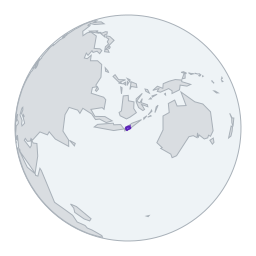 Jawa Barat highlighted on a globe, orthographic projection, rotated 317°
{"feature_id": "IDN-1223", "entity_name": "Jawa Barat", "entity_type": "Province", "adm_level": 1, "iso_a3": "IDN", "parent_name": "Indonesia", "parent_adm1": "", "projection": "orthographic", "projection_center": [107.637, -6.866], "detail": "fine", "context": "on_globe", "style": "filled", "palette": "violet", "viewbox_px": 256, "rotation_deg": 317, "n_neighbors": 0, "source": "natural_earth", "source_scale": "10m", "svg_char_len": 7502}
<svg xmlns="http://www.w3.org/2000/svg" viewBox="0 0 256 256"><g transform="rotate(317 128 128)"><circle cx="128" cy="128" r="113" fill="#eef3f6" stroke="#a8b0b8"/><path d="M231.2,155.0L231.0,155.9L230.9,156.0L231.2,155.0ZM172.2,24.4L171.8,24.2L173.4,24.9L167.6,22.6L172.2,24.4ZM33.5,66.7L33.2,68.4L35.2,67.2L42.3,57.8L39.0,59.4L42.0,55.4L47.5,50.4L50.9,49.8L52.2,48.2L53.0,45.5L56.9,42.5L53.7,44.4L52.7,45.7L50.7,47.1L51.4,46.1L52.8,44.9L52.6,44.7L46.3,50.6L44.7,52.6L42.7,54.5L48.6,48.1L55.0,42.2L61.8,36.8L69.1,32.0L76.7,27.7L84.6,24.1L81.2,25.6L83.4,24.6L83.1,24.9L87.1,23.2L87.0,23.4L91.0,21.8L91.4,21.7L88.9,22.8L95.2,20.8L97.2,20.8L98.6,20.3L99.6,19.9L101.5,20.3L102.5,20.0L102.2,19.7L104.0,18.9L107.9,17.9L108.3,18.1L107.0,18.5L104.8,19.9L101.2,21.2L101.8,21.3L105.0,20.2L107.7,18.5L109.9,17.8L109.1,18.4L109.6,18.2L110.8,17.9L112.5,18.0L113.5,17.3L126.6,15.9L131.1,16.3L128.9,16.7L138.6,17.1L142.9,18.3L142.6,17.9L147.1,18.3L145.8,17.9L146.0,17.8L156.8,19.6L159.7,20.5L164.1,21.5L164.0,21.4L162.1,20.8L166.2,22.0L167.6,22.6L173.4,24.9L173.3,25.0L177.7,27.0L176.9,27.0L178.2,28.2L174.8,27.5L176.2,28.8L177.8,29.5L180.8,32.1L181.6,35.5L174.1,29.5L171.5,25.4L171.9,26.6L169.8,25.5L168.7,25.6L169.2,26.7L170.5,27.3L160.9,26.4L158.0,29.8L163.2,30.6L166.3,32.7L167.6,39.1L157.5,46.7L161.5,51.0L161.7,53.5L158.0,54.3L157.7,50.7L154.0,48.9L154.4,46.9L148.3,47.6L148.6,44.8L143.8,47.0L145.5,49.5L150.7,49.7L146.4,53.2L151.6,58.1L152.1,63.6L142.9,72.4L133.8,74.7L133.2,76.5L129.6,74.1L124.8,77.5L131.2,88.9L131.0,92.2L123.2,98.0L123.0,95.5L113.6,89.1L111.7,96.9L118.9,103.9L121.3,112.0L115.8,109.2L113.3,102.1L110.0,99.7L111.0,92.8L108.4,82.8L102.8,84.5L103.4,80.6L99.0,72.8L91.0,75.3L78.3,85.9L76.4,96.2L72.1,101.0L67.3,86.5L67.8,77.0L64.4,78.1L60.9,70.8L50.0,71.7L49.9,69.5L47.6,70.9L45.3,69.1L45.8,65.6L43.8,66.2L42.9,75.6L45.2,75.0L49.3,70.7L48.4,74.3L50.8,77.2L42.8,87.0L29.1,97.8L30.3,90.3L32.9,71.9L34.3,69.7L34.4,69.4L34.6,69.0L32.2,72.8L33.5,69.4L29.4,82.0L27.6,88.0L28.9,98.3L28.1,99.7L29.3,101.7L36.1,97.4L35.6,100.1L30.8,113.0L23.6,132.2L26.0,143.8L28.0,154.1L26.7,162.1L30.1,169.9L30.0,173.4L32.1,178.0L33.8,183.4L35.5,188.9L34.8,190.6L32.1,186.6L27.8,179.4L26.0,175.8L22.8,168.3L20.2,160.6L18.1,152.7L16.6,144.7L15.7,136.6L15.4,128.4L15.6,120.3L16.5,112.2L17.9,104.1L19.9,96.2L22.5,88.5L25.7,81.0L29.3,73.7L33.5,66.7ZM41.0,56.4L39.4,58.5L38.0,60.3L41.0,56.4ZM90.0,22.0L88.4,22.7L85.2,23.9L90.0,22.0ZM51.9,54.2L55.7,54.0L58.5,48.9L60.1,48.6L60.5,47.1L58.7,48.6L60.1,44.7L63.4,43.1L65.2,41.1L64.0,41.1L57.9,44.8L55.7,50.2L52.9,52.5L51.9,54.2ZM40.5,59.6L38.6,61.6L38.8,60.9L39.4,60.3L40.5,59.6ZM37.0,61.6L36.8,62.2L36.5,62.3L37.0,61.6ZM81.4,205.0L83.8,206.4L82.3,206.6L81.4,205.0ZM36.7,150.3L39.1,169.2L36.6,169.8L33.9,164.6L31.5,153.4L33.7,149.6L34.1,144.4L36.7,150.3ZM149.8,133.5L153.2,134.4L153.1,135.0L149.8,133.5ZM146.3,131.3L150.2,131.9L145.6,132.4L146.3,131.3ZM151.7,132.1L155.7,131.6L157.4,130.9L157.0,132.0L151.7,132.1ZM143.6,131.1L129.2,129.8L123.6,128.0L124.9,126.1L134.1,127.2L143.6,131.1ZM124.4,126.0L115.8,120.1L104.0,104.2L108.2,104.6L120.5,114.4L119.8,116.0L125.0,120.5L124.4,126.0ZM145.5,117.6L144.6,122.5L136.7,121.4L133.1,120.3L130.6,113.7L132.0,110.6L134.9,111.0L146.4,101.3L150.4,104.3L146.9,108.4L150.2,113.0L145.5,117.6ZM76.8,97.1L78.9,103.3L76.6,104.5L76.8,97.1ZM151.1,94.6L146.5,98.6L150.7,93.0L151.1,94.6ZM153.7,89.3L153.9,91.6L152.1,89.2L153.7,89.3ZM133.0,79.4L129.9,79.7L129.8,78.2L133.8,77.0L133.0,79.4ZM152.4,68.4L152.3,72.6L151.7,74.0L150.3,71.3L152.4,68.4ZM111.0,16.9L105.0,18.0L101.0,18.9L99.5,19.6L99.1,19.3L105.1,17.8L111.0,16.9ZM124.6,15.9L126.0,15.6L127.1,15.7L127.0,15.8L124.6,15.9ZM124.2,15.7L122.6,15.6L124.5,15.5L125.4,15.6L124.2,15.7ZM204.8,196.9L205.1,198.5L201.9,201.4L197.8,204.1L194.8,203.9L204.8,196.9ZM178.7,197.4L179.5,192.8L183.5,193.5L181.1,197.1L178.7,197.4ZM207.5,195.0L210.4,191.7L212.4,186.6L211.0,191.6L212.2,192.9L205.8,198.5L207.5,195.0ZM166.6,175.9L144.6,181.4L140.0,179.8L141.5,176.3L138.0,165.2L139.6,165.6L139.1,158.4L152.3,153.3L161.8,143.1L168.7,144.8L174.2,137.6L181.2,139.4L178.9,145.4L185.8,151.2L191.3,137.8L194.7,154.4L199.1,161.5L199.4,172.4L188.3,188.1L182.7,190.3L182.0,188.2L179.6,189.6L176.3,188.0L175.3,181.6L172.9,183.0L175.5,179.0L171.9,182.2L170.5,178.1L166.6,175.9ZM216.1,159.4L216.9,160.3L217.9,163.8L216.6,162.7L216.1,159.4ZM229.0,157.0L229.2,158.7L228.4,158.4L229.0,157.0ZM230.9,156.0L230.0,155.8L231.2,155.0L230.9,156.0ZM221.4,152.1L221.7,153.3L221.4,153.5L221.4,152.1ZM221.1,151.6L221.7,150.2L221.5,151.8L221.1,151.6ZM217.6,141.2L218.2,140.7L218.4,141.4L217.6,141.2ZM158.2,135.1L163.0,131.8L165.6,131.8L158.2,135.1ZM216.9,139.2L215.5,138.6L215.7,137.8L216.9,139.2ZM217.0,137.4L216.9,136.2L217.7,139.2L217.0,137.4ZM214.5,133.8L216.1,136.5L214.3,134.0L214.5,133.8ZM213.5,133.7L212.2,132.4L212.3,132.1L213.5,133.7ZM198.9,130.7L203.6,138.9L199.7,137.6L195.4,132.2L191.7,135.2L183.7,132.8L185.6,130.8L184.6,126.9L176.1,123.9L174.4,121.2L177.4,120.2L171.8,117.4L178.0,117.5L180.5,122.7L184.0,119.6L189.9,121.8L195.6,124.8L200.0,129.6L198.9,130.7ZM177.9,128.0L179.0,128.2L178.0,129.5L177.9,128.0ZM209.9,128.8L211.7,131.9L211.4,132.4L210.5,131.7L209.9,128.8ZM201.1,129.0L205.9,126.5L207.0,126.9L203.8,130.5L201.1,129.0ZM204.8,123.5L207.0,124.7L208.1,127.4L207.6,127.8L204.8,123.5ZM165.3,121.4L165.0,122.7L163.4,121.4L165.3,121.4ZM167.4,120.9L172.3,123.2L166.9,122.0L167.4,120.9ZM152.5,114.4L153.9,117.6L158.5,116.2L155.0,118.6L158.1,124.2L157.0,126.0L154.0,120.0L152.8,125.7L150.8,125.4L149.7,120.3L151.8,114.5L153.8,112.3L162.1,112.4L152.5,114.4ZM167.4,117.1L166.1,113.4L167.0,111.1L168.5,113.2L167.4,117.1ZM162.2,104.4L158.7,99.9L155.6,101.1L161.9,96.4L164.2,101.4L162.2,104.4ZM159.2,95.3L156.3,96.3L159.3,93.5L159.2,95.3ZM155.5,94.9L155.1,92.2L157.5,92.8L155.5,94.9ZM160.7,95.7L161.2,91.2L162.4,94.0L160.7,95.7ZM154.1,86.2L159.1,91.1L152.6,88.5L152.2,80.1L154.9,80.2L154.1,86.2ZM168.6,57.3L167.9,55.3L170.3,55.3L170.2,56.7L168.6,57.3ZM177.6,54.4L170.7,54.7L165.1,55.4L166.9,56.6L165.8,59.7L162.9,56.2L166.8,53.2L171.1,53.3L171.6,50.9L174.6,49.8L173.7,46.6L174.9,45.7L177.1,48.7L177.6,54.4ZM173.1,45.3L172.5,40.4L177.2,42.2L178.4,43.6L176.7,45.0L174.3,44.0L173.1,45.3ZM173.7,39.8L171.4,38.9L165.7,31.7L165.7,30.7L172.5,36.6L170.7,36.1L171.3,37.7L173.7,39.8ZM145.2,17.6L145.7,17.5L147.1,17.8L145.2,17.6ZM147.9,17.5L145.9,17.2L147.8,17.4L147.9,17.5ZM141.6,16.7L145.1,17.0L142.0,16.9L141.6,16.7Z" fill="#d9dde1" stroke="#a8b0b8" stroke-width="1"/><path d="M126.7,126.5L126.8,126.4L126.8,126.2L127.0,126.2L127.1,126.3L127.3,126.2L127.5,126.3L127.6,126.5L127.8,126.6L128.0,126.7L128.1,126.8L128.1,126.7L128.2,126.8L128.2,126.7L128.3,126.7L128.5,126.7L128.5,126.8L128.8,126.9L129.0,126.9L129.1,126.7L129.1,126.8L129.3,126.8L129.4,127.0L129.6,127.2L129.8,127.3L129.8,127.6L129.9,127.8L130.0,127.8L130.3,127.9L130.5,127.9L130.3,128.1L130.2,128.3L130.3,128.3L130.2,128.4L130.2,128.5L129.9,128.5L129.8,128.8L130.0,128.9L130.0,129.0L130.2,129.3L130.1,129.5L130.3,129.6L130.2,129.6L129.9,129.6L129.7,129.7L129.7,129.8L129.3,129.9L129.0,129.8L128.6,129.7L128.4,129.7L128.2,129.6L128.0,129.4L127.9,129.4L127.7,129.3L127.6,129.2L127.5,129.3L127.3,129.2L127.2,129.2L126.5,129.1L126.4,129.1L126.0,129.1L125.8,129.1L125.7,129.0L125.6,128.9L125.6,128.7L125.8,128.4L125.9,128.2L125.7,128.2L125.7,127.9L125.8,127.8L125.7,127.8L125.7,127.7L125.6,127.3L125.6,127.2L125.8,127.0L126.0,127.0L126.3,127.0L126.3,126.9L126.3,127.0L126.5,127.0L126.7,126.8L126.7,126.7L126.7,126.5Z" fill="#8b5cf6" stroke="#5b21b6" stroke-width="1.5"/></g></svg>